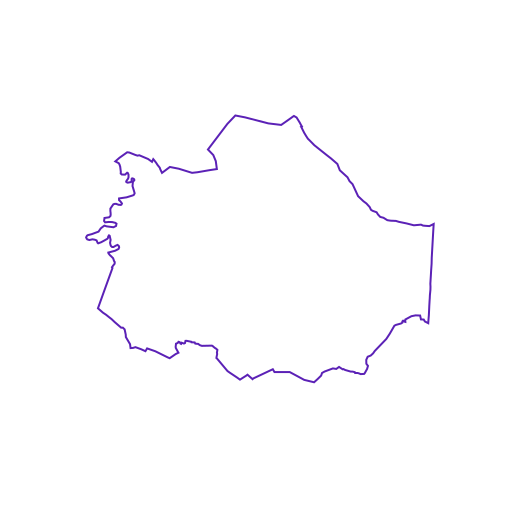 Ezza North, Ebonyi, Nigeria, rotated 49°
{"feature_id": "59680162B95600296408215", "entity_name": "Ezza North", "entity_type": "district", "adm_level": 2, "iso_a3": "NGA", "parent_name": "Nigeria", "parent_adm1": "Ebonyi", "projection": "albers", "projection_center": [7.956, 6.263], "detail": "fine", "context": "isolated", "style": "outline", "palette": "violet", "viewbox_px": 512, "rotation_deg": 49, "n_neighbors": 0, "source": "geoboundaries", "source_scale": "gbopen_adm2", "svg_char_len": 4140}
<svg xmlns="http://www.w3.org/2000/svg" viewBox="0 0 512 512"><g transform="rotate(49 256 256)"><path d="M419.7,170.1L417.3,167.7L414.2,164.5L409.5,160.0L407.5,158.1L403.7,154.4L402.0,152.7L399.6,150.4L396.0,146.6L393.7,144.5L391.3,142.6L385.4,136.8L381.7,133.2L377.1,128.6L372.6,124.5L353.9,106.3L348.4,100.9L347.2,105.5L344.1,108.6L342.6,110.0L340.6,110.9L336.4,116.7L330.2,121.0L323.9,125.8L321.3,127.4L317.6,131.3L315.1,133.4L310.8,134.7L308.0,136.6L304.7,136.7L302.1,136.3L298.3,138.4L296.5,138.9L293.7,138.1L288.8,138.2L285.1,139.0L277.8,139.7L270.6,137.6L265.1,136.0L260.9,136.3L256.6,135.3L246.3,136.5L239.9,134.2L231.5,135.4L225.9,136.5L210.7,139.3L203.9,139.7L201.5,139.9L198.6,139.5L194.6,138.8L189.5,137.5L188.8,137.2L188.2,137.2L188.4,136.4L186.2,136.0L184.2,135.5L178.1,134.5L175.2,135.5L175.0,136.9L174.8,139.4L173.6,151.0L164.0,159.7L144.2,173.3L136.4,179.4L137.5,190.9L144.1,222.4L151.8,222.0L158.0,224.1L164.7,228.5L160.7,234.8L154.4,245.2L151.3,249.7L139.5,257.0L132.3,262.6L131.6,272.4L127.9,271.4L126.1,270.7L122.9,270.6L120.0,270.2L118.4,270.1L116.6,270.0L115.5,270.0L116.2,271.6L116.7,272.7L115.0,273.1L112.0,273.8L103.4,278.0L102.5,279.6L100.5,280.8L97.6,282.3L94.7,283.8L93.2,285.2L93.1,286.3L92.3,294.6L92.3,300.1L95.9,298.7L97.4,299.0L99.5,299.9L103.8,302.8L105.0,304.0L106.5,303.8L108.7,301.4L108.6,298.6L109.1,298.3L110.9,298.8L112.9,300.5L113.7,301.8L114.0,303.2L114.5,305.0L114.9,305.3L115.4,305.3L116.5,304.7L118.1,302.0L117.7,300.5L116.3,299.4L116.1,298.7L116.6,298.1L118.1,297.6L118.9,298.0L119.4,300.4L122.2,303.3L129.0,306.4L129.7,307.9L129.5,309.1L126.8,315.2L122.7,321.6L124.0,322.7L126.0,322.5L128.4,322.7L128.9,323.7L128.8,324.5L127.2,326.1L124.8,327.4L123.8,328.7L123.4,329.8L123.7,330.9L124.0,332.2L124.7,334.8L126.5,336.4L128.0,337.4L129.5,338.6L130.3,339.6L130.4,341.5L127.9,345.4L129.9,347.7L131.6,347.8L133.7,344.8L136.0,342.3L138.7,340.4L140.1,340.1L141.5,341.9L140.8,344.7L135.6,349.3L133.6,350.5L133.4,352.9L133.3,355.0L134.3,358.9L133.1,362.0L131.8,365.5L129.9,369.3L129.8,370.2L130.1,371.1L130.5,372.0L131.8,372.4L132.8,372.4L134.6,371.3L136.1,368.5L137.9,367.0L139.6,366.1L140.3,366.3L142.1,366.9L142.9,366.8L144.0,363.9L144.7,360.8L145.5,356.8L145.2,355.8L144.3,354.7L144.0,353.4L144.8,353.2L148.5,355.2L150.3,357.5L152.3,358.6L153.3,358.9L154.8,358.7L155.7,357.7L156.0,356.1L156.3,354.7L156.8,353.2L158.7,353.0L159.8,353.7L160.5,355.1L159.6,358.9L156.5,365.2L157.2,365.6L159.7,365.7L161.1,365.5L162.8,365.4L163.9,365.3L165.2,365.8L166.6,366.4L167.9,366.6L169.1,367.8L169.5,370.1L170.0,372.1L170.9,372.2L183.6,395.0L191.8,409.6L198.3,408.7L202.0,407.7L205.9,407.0L208.9,406.4L213.2,406.0L221.6,404.8L222.7,403.5L225.2,403.3L229.9,405.9L231.8,407.4L239.9,408.9L243.2,411.1L244.7,409.1L245.7,406.8L250.9,403.9L255.3,401.9L254.3,398.8L261.8,394.5L274.7,389.1L276.5,388.2L277.3,381.0L278.1,378.0L272.9,376.9L271.9,376.3L269.7,373.9L270.3,372.1L269.9,370.8L271.0,370.1L272.5,370.5L273.2,370.2L272.7,369.0L274.8,367.8L274.9,367.3L275.1,366.7L273.8,364.9L274.5,364.0L278.3,361.1L278.8,361.3L281.0,359.0L282.3,359.3L283.6,358.1L284.4,357.3L286.4,356.9L288.3,355.8L294.7,348.1L295.8,347.7L296.4,347.7L297.5,347.5L298.6,347.3L299.4,347.0L301.4,346.7L301.5,346.7L303.3,348.9L304.5,349.6L306.4,352.1L307.0,352.8L307.4,352.7L324.1,353.0L326.6,352.4L335.4,350.0L338.8,349.2L339.4,345.1L339.9,341.8L340.0,340.3L346.7,339.4L346.6,338.5L352.5,317.6L355.7,318.2L365.7,306.7L374.4,303.4L381.1,300.9L389.4,295.0L389.3,290.3L389.0,285.3L387.6,282.9L388.2,280.0L391.3,271.7L393.9,269.5L394.2,266.1L397.1,265.3L398.4,264.9L398.7,264.2L400.5,263.5L405.3,260.4L406.7,258.9L408.4,257.7L409.0,257.6L409.4,257.9L411.0,256.0L412.5,255.1L413.7,254.6L415.9,251.8L415.8,250.9L414.1,246.2L412.9,244.4L412.4,243.6L409.7,243.4L406.7,240.9L405.3,237.8L406.4,234.7L406.3,231.5L405.6,228.7L405.4,226.5L404.1,212.1L402.4,206.0L399.4,197.3L399.8,195.6L402.1,190.8L402.3,189.2L401.5,188.6L401.3,188.0L401.3,187.4L401.9,187.1L402.8,187.1L403.7,186.5L402.8,185.8L401.9,185.0L402.2,183.6L403.4,178.2L405.5,174.5L408.6,171.2L412.1,173.1L414.0,171.1L416.2,171.5L419.7,170.1Z" fill="none" stroke="#5b21b6" stroke-width="2"/></g></svg>